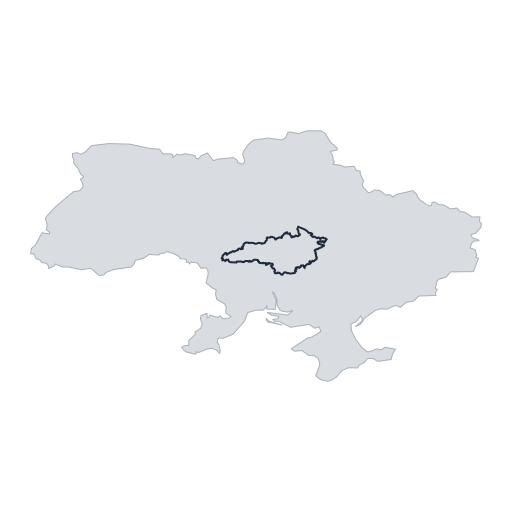 Kirovohrad highlighted on a map of Ukraine
{"feature_id": "UKR-320", "entity_name": "Kirovohrad", "entity_type": "Region", "adm_level": 1, "iso_a3": "UKR", "parent_name": "Ukraine", "parent_adm1": "", "projection": "robinson", "projection_center": [32.137, 48.505], "detail": "fine", "context": "in_parent", "style": "outline", "palette": "slate", "viewbox_px": 512, "rotation_deg": 0, "n_neighbors": 0, "source": "natural_earth", "source_scale": "10m", "svg_char_len": 9435}
<svg xmlns="http://www.w3.org/2000/svg" viewBox="0 0 512 512"><path d="M355.7,339.4L361.8,347.5L367.0,351.6L369.5,351.8L376.5,348.9L381.2,349.8L385.1,347.3L395.5,349.2L392.5,354.3L391.1,359.5L377.7,361.4L372.7,358.4L367.5,358.5L364.6,362.3L359.4,364.9L357.7,367.9L348.2,367.8L341.9,370.5L337.1,376.4L331.8,380.1L327.6,381.2L321.0,379.8L315.7,375.9L319.8,364.6L318.3,358.5L314.1,355.7L308.8,355.4L301.9,350.6L294.1,351.2L291.4,348.8L307.6,337.9L311.1,337.4L320.9,331.6L319.1,326.9L314.9,328.2L309.1,324.4L290.6,327.3L279.4,321.7L274.2,321.1L272.8,319.7L278.2,318.5L278.7,316.4L271.2,315.1L267.1,312.4L287.6,315.0L293.1,310.5L287.4,312.1L281.7,311.1L279.6,309.7L277.1,305.2L276.9,298.9L274.4,293.4L272.4,291.6L276.2,300.7L275.2,309.4L266.6,309.0L267.4,305.4L263.3,310.1L256.5,310.2L247.9,312.5L244.3,321.5L233.0,334.2L222.8,338.4L219.3,337.7L217.9,338.8L217.1,342.6L218.9,344.5L220.2,350.7L219.7,353.4L216.2,349.9L212.0,348.3L207.4,348.9L198.9,352.4L196.0,351.8L196.2,353.6L195.4,354.2L187.5,352.4L184.1,350.6L181.5,347.4L184.0,345.8L188.9,345.2L188.8,340.5L195.0,334.7L195.2,332.0L200.6,328.4L202.2,324.4L200.4,318.5L201.1,315.5L206.9,313.4L207.3,318.0L208.6,317.6L209.9,315.2L217.8,317.4L220.1,315.8L223.4,318.9L229.5,318.0L230.9,316.6L225.7,312.9L226.2,307.1L224.6,303.8L216.9,299.5L215.5,294.3L216.2,289.8L212.3,288.0L206.1,282.9L208.2,273.8L207.8,270.4L206.1,267.8L201.0,268.3L197.3,262.9L191.2,262.0L189.5,263.9L188.5,262.1L186.4,262.2L186.7,260.0L185.3,259.2L180.2,258.6L179.0,256.6L173.5,253.6L166.8,251.6L163.1,253.6L161.4,253.0L158.7,255.0L149.1,254.5L143.3,258.5L135.3,260.3L134.5,263.1L131.5,267.0L113.9,269.5L106.3,272.3L103.8,274.8L99.3,275.6L91.6,268.9L89.2,268.4L81.4,269.7L68.7,267.0L62.2,267.0L55.6,264.0L53.3,266.5L48.7,268.4L48.4,265.8L46.3,263.3L41.6,262.5L40.2,260.2L36.0,258.6L33.8,253.8L30.7,253.9L31.3,248.7L35.3,245.0L42.0,232.8L49.4,233.9L49.7,232.5L46.3,229.7L47.2,225.8L45.5,218.0L47.0,215.9L55.6,206.7L73.2,191.8L79.7,190.7L82.8,187.0L83.0,184.3L80.4,179.1L83.6,177.3L83.4,176.4L80.8,174.3L78.1,168.5L73.5,162.8L74.0,160.2L72.4,156.4L72.6,153.5L77.1,152.7L81.0,154.3L85.4,151.9L91.5,145.6L108.8,143.6L129.8,144.1L150.4,148.6L159.5,149.1L163.1,153.9L170.6,153.8L172.7,154.7L172.9,157.6L176.9,154.1L180.6,155.1L184.9,153.6L195.0,155.6L196.2,158.3L198.2,159.0L201.2,155.7L207.4,153.0L213.3,160.6L218.4,159.0L233.4,157.6L237.0,160.1L237.6,162.4L242.7,164.2L244.9,161.4L242.6,154.0L243.8,151.1L248.1,144.7L253.6,140.0L268.2,138.1L281.6,139.9L285.5,137.9L287.5,133.0L289.2,131.9L298.3,133.6L306.6,130.9L320.9,130.8L325.5,133.7L330.3,142.1L337.4,148.3L336.9,150.2L330.6,151.4L330.5,152.5L332.6,155.3L333.4,161.2L334.5,161.9L333.1,164.5L339.9,165.1L345.4,167.1L354.0,166.2L356.4,170.6L360.2,171.1L360.3,174.0L363.6,180.9L362.4,184.5L363.0,186.7L367.5,192.0L369.6,192.7L374.9,189.9L380.5,190.8L385.3,194.8L390.1,194.8L393.1,197.0L396.5,194.4L412.9,190.7L416.9,194.4L417.6,196.8L420.2,200.1L428.9,206.0L431.3,205.4L432.0,202.7L434.0,201.8L438.9,204.6L443.8,205.0L450.6,209.0L457.0,208.0L460.3,211.6L464.3,212.1L472.4,217.0L479.9,216.8L479.5,221.4L481.3,223.4L481.0,227.1L475.8,233.1L470.8,234.8L472.5,237.8L478.5,239.8L478.9,240.7L473.7,241.2L471.5,243.3L470.2,248.0L475.1,249.6L476.7,255.3L475.7,257.1L478.5,258.2L473.4,271.6L450.4,271.9L446.0,277.3L439.2,279.1L437.2,280.7L435.3,288.2L437.3,289.6L435.4,292.8L435.8,295.5L418.8,296.0L413.8,301.0L406.4,302.3L400.2,307.4L397.4,305.8L394.1,305.9L387.1,309.1L380.6,308.9L375.7,310.2L364.9,317.9L360.1,324.6L355.3,326.6L361.9,321.1L362.2,318.3L360.6,316.0L356.4,321.5L351.0,324.0L351.3,330.4L355.7,339.4ZM282.3,325.1L267.3,321.8L266.0,318.2L269.2,321.4L282.3,325.1Z" fill="#d9dde1" stroke="#a8b0b8" stroke-width="1"/><path d="M298.2,226.8L304.4,229.3L307.2,231.1L307.9,231.9L308.3,232.6L308.6,232.8L310.9,233.0L311.0,233.1L311.2,233.5L312.1,233.7L312.2,233.8L312.2,234.1L311.5,234.3L311.5,234.8L311.4,235.0L311.0,235.2L311.6,235.7L312.2,236.5L313.0,237.0L313.3,236.9L313.6,236.6L314.2,236.6L314.9,236.9L315.6,237.4L316.7,237.8L317.1,238.2L317.3,238.2L317.8,238.0L318.1,237.6L318.5,237.5L319.4,237.9L319.8,238.3L320.1,238.7L320.3,239.2L320.6,239.0L320.8,238.3L320.9,238.1L321.8,237.9L322.0,237.8L322.2,237.7L323.0,237.5L323.7,238.1L324.2,238.3L325.5,238.3L325.9,238.5L326.6,239.3L325.9,240.1L325.7,240.8L325.0,241.5L324.8,241.6L324.4,242.5L324.2,242.7L323.9,242.6L323.9,242.3L323.7,242.1L323.6,241.5L323.4,241.6L323.1,242.0L322.9,241.9L322.9,241.4L322.7,241.2L322.4,241.2L322.2,241.2L321.6,241.8L321.3,242.0L320.9,241.8L320.7,241.3L320.3,241.2L320.0,241.2L319.1,241.9L318.7,241.9L318.4,241.6L318.2,241.6L317.9,241.8L317.5,242.3L317.5,242.5L317.6,242.8L317.7,243.0L318.2,243.3L318.4,243.7L318.6,243.9L320.1,244.1L320.9,244.6L322.5,244.7L322.7,244.8L322.9,245.2L324.0,245.4L324.1,245.6L323.9,245.9L323.6,246.1L322.8,246.3L321.7,247.2L318.9,248.3L318.1,249.0L317.8,249.1L317.7,248.9L315.6,249.6L314.8,250.1L314.7,250.5L314.7,250.8L314.8,250.9L315.2,251.0L315.2,251.4L315.2,251.6L315.8,252.7L315.7,252.9L315.5,253.2L315.4,253.3L315.5,253.7L315.8,253.8L316.0,255.0L316.2,256.9L316.3,257.0L316.7,257.2L316.8,257.3L316.8,257.5L316.5,259.2L316.4,259.3L315.5,259.5L315.1,260.1L313.8,261.2L313.3,261.3L313.0,261.3L312.6,260.9L312.4,260.8L312.1,261.3L311.1,262.3L310.6,263.3L310.4,263.5L310.2,263.3L310.0,262.9L310.0,262.7L310.2,262.2L310.0,261.4L309.9,261.2L309.7,261.2L309.6,261.3L309.3,262.5L309.4,263.2L309.2,263.9L309.0,264.1L308.4,264.2L307.4,264.1L307.2,264.2L306.4,264.7L305.9,265.5L305.1,265.9L304.6,267.8L304.1,267.4L304.0,266.7L303.5,266.2L303.3,265.9L303.2,265.5L303.0,265.3L302.4,265.6L301.3,265.5L300.8,265.7L300.7,266.0L300.8,266.7L300.7,266.9L300.5,267.0L299.7,267.2L299.4,267.8L299.1,267.8L298.8,267.7L298.5,267.5L298.3,267.1L298.1,267.1L297.6,267.2L296.5,267.4L296.0,267.7L295.7,268.0L295.7,268.5L295.8,268.8L296.5,268.9L296.5,269.4L296.4,269.6L295.3,269.7L295.2,269.9L295.1,270.2L295.4,270.7L295.4,271.2L295.7,271.5L294.9,271.9L294.8,272.8L294.7,273.0L290.3,273.6L288.1,273.0L287.1,273.2L286.7,272.8L285.7,272.3L285.3,272.3L284.4,272.4L283.9,272.7L282.7,274.4L282.5,274.6L282.0,274.7L281.0,274.4L280.7,274.1L280.2,273.4L279.0,272.7L277.8,272.7L277.7,272.7L277.6,273.1L277.4,273.2L275.0,273.2L274.8,272.9L274.7,272.1L274.5,271.8L274.4,271.6L274.6,271.3L275.1,270.5L275.0,270.1L274.4,269.3L274.2,268.8L274.0,268.5L273.7,268.4L272.9,268.5L272.6,268.2L272.3,267.9L271.1,266.1L272.2,265.6L272.7,265.2L272.8,264.8L272.8,264.6L272.4,263.7L272.0,263.6L270.9,263.8L270.3,263.5L269.8,263.5L269.6,263.4L269.1,263.0L268.8,263.0L268.2,263.3L268.1,263.5L268.2,263.8L268.0,264.0L267.4,264.1L267.1,263.9L266.8,264.0L266.6,264.2L266.5,264.9L266.2,265.0L265.9,264.8L265.9,264.7L266.2,264.1L266.2,263.5L266.2,263.1L264.5,263.1L263.8,263.3L263.4,263.2L263.1,262.8L262.0,263.2L259.6,262.9L259.3,262.7L259.1,262.6L259.1,261.7L258.4,261.5L258.1,261.3L258.0,260.2L257.6,260.0L256.7,259.9L254.9,259.7L254.4,259.8L253.5,260.0L253.2,260.2L253.0,260.4L252.9,260.8L252.7,261.0L251.8,261.3L251.2,261.7L250.4,261.6L250.2,261.1L250.0,260.9L249.8,260.8L249.3,261.0L249.2,261.2L249.0,261.6L248.7,261.7L248.4,261.5L248.3,261.2L248.0,261.1L245.9,261.0L244.4,261.4L244.2,261.6L243.9,262.1L242.6,262.0L241.5,261.6L240.8,261.5L236.9,261.5L236.5,262.4L236.3,262.5L230.3,262.2L229.4,261.8L228.9,261.2L228.1,259.7L227.2,260.1L226.6,259.7L226.3,259.7L225.5,260.9L225.2,261.0L224.4,260.4L223.8,260.1L222.5,260.3L222.5,260.0L222.9,259.5L222.8,259.1L222.9,258.8L222.7,258.6L221.9,258.5L221.7,258.3L221.7,258.1L222.2,257.4L222.6,256.7L222.7,255.6L223.7,254.6L224.9,253.4L225.4,253.0L225.7,253.0L226.1,253.1L226.2,253.7L226.4,253.9L226.6,254.6L226.8,254.8L227.2,254.6L227.8,254.0L228.2,253.4L229.3,253.2L229.6,253.0L230.2,252.3L231.0,252.4L231.3,252.3L232.0,251.7L232.9,251.1L233.3,251.1L233.8,251.6L234.5,251.6L234.7,251.4L238.0,249.9L238.2,249.1L238.4,248.8L238.6,248.7L239.3,248.6L239.8,248.7L240.0,248.8L240.3,249.1L240.5,249.2L242.3,249.0L242.7,248.8L242.8,248.3L242.8,247.6L241.9,247.1L242.3,246.7L243.4,245.8L243.7,244.8L243.6,244.5L243.5,244.3L243.6,244.1L243.8,243.9L245.1,242.9L246.0,242.5L247.1,242.5L247.9,242.7L248.4,242.7L248.7,243.0L248.9,243.0L250.1,242.8L250.6,242.9L251.9,242.8L254.0,243.2L254.8,243.7L255.1,243.7L256.3,243.7L256.8,243.6L258.0,243.0L259.1,242.9L259.9,243.1L260.8,243.1L261.2,243.2L261.4,243.4L261.7,243.8L261.8,243.8L262.1,243.6L262.6,243.5L264.5,243.0L265.0,242.6L265.5,241.3L266.4,240.6L266.7,240.3L266.8,239.7L266.7,238.1L266.9,237.7L267.1,237.5L267.5,237.4L268.3,237.7L269.8,237.7L270.0,237.6L270.4,237.0L270.6,236.9L271.8,236.9L273.8,237.5L274.5,237.9L274.9,238.3L275.2,239.3L275.4,239.5L275.7,239.5L276.0,239.3L277.0,238.4L277.3,238.2L278.4,237.9L279.2,237.4L279.5,237.5L280.5,237.6L280.8,237.8L281.5,237.9L281.9,237.6L282.2,236.9L282.1,236.6L281.8,236.3L282.1,235.9L283.3,235.1L284.3,233.7L284.5,233.4L285.6,233.6L285.7,233.4L285.6,233.1L285.7,232.9L286.0,232.6L286.8,232.3L287.0,232.3L287.1,232.9L287.5,233.2L287.6,233.5L288.7,233.8L289.0,233.7L289.6,233.3L289.8,233.3L289.9,233.5L289.9,234.4L290.1,234.8L291.1,235.9L291.3,236.5L291.4,237.2L291.5,237.3L292.0,237.4L292.3,237.2L292.4,236.6L292.7,236.4L292.9,236.4L293.5,236.8L294.0,236.9L294.4,236.8L295.1,236.2L295.4,235.7L295.8,235.5L296.2,235.6L297.1,236.2L297.5,236.3L298.1,236.2L298.5,235.8L299.6,235.1L299.9,234.8L299.9,234.5L299.9,234.4L299.3,234.3L299.1,234.1L298.5,232.7L298.4,231.2L298.2,230.4L297.9,229.9L297.3,229.4L297.3,229.1L297.9,227.7L298.2,226.8Z" fill="none" stroke="#1e293b" stroke-width="2"/></svg>